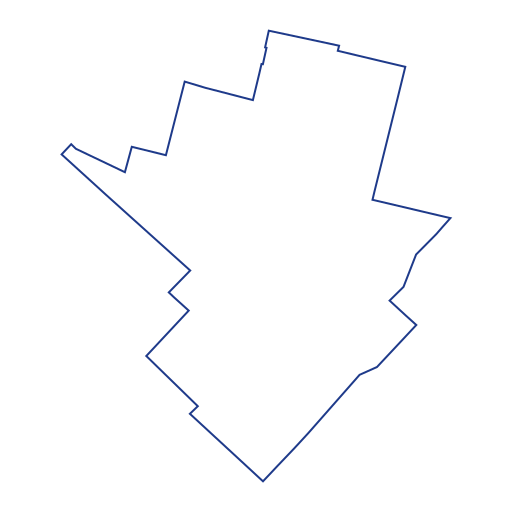 Dolores, Buenos Aires, Argentina (Robinson projection)
{"feature_id": "61730980B96971314093631", "entity_name": "Dolores", "entity_type": "district", "adm_level": 2, "iso_a3": "ARG", "parent_name": "Argentina", "parent_adm1": "Buenos Aires", "projection": "robinson", "projection_center": [-57.606, -36.418], "detail": "fine", "context": "isolated", "style": "outline", "palette": "blue", "viewbox_px": 512, "rotation_deg": 0, "n_neighbors": 0, "source": "geoboundaries", "source_scale": "gbopen_adm2", "svg_char_len": 778}
<svg xmlns="http://www.w3.org/2000/svg" viewBox="0 0 512 512"><path d="M259.4,478.0L263.0,481.3L268.2,475.8L277.6,465.8L294.3,448.3L308.3,433.1L359.6,374.8L377.0,367.0L416.3,325.0L406.0,315.7L389.6,300.6L403.5,286.9L416.1,254.5L427.8,242.7L436.4,234.0L442.4,227.1L450.4,218.1L440.5,215.8L421.4,211.3L372.5,199.8L374.4,191.8L398.0,96.6L405.1,67.6L405.3,66.8L405.0,66.7L403.9,66.5L391.2,63.5L378.5,60.5L356.2,55.2L337.8,50.8L339.1,45.7L268.8,30.7L265.1,47.4L266.5,47.8L262.9,64.2L261.5,64.0L259.3,73.5L252.9,100.1L205.3,87.8L184.7,81.6L165.9,155.2L131.8,146.8L124.9,172.2L75.9,148.8L71.2,144.2L61.6,154.4L105.8,194.6L190.2,270.5L168.8,292.4L174.2,297.5L188.7,310.6L146.3,356.0L197.8,406.2L189.9,413.8L249.8,469.1L259.4,478.0Z" fill="none" stroke="#1e3a8a" stroke-width="2"/></svg>